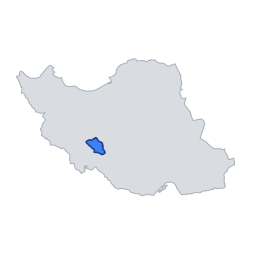 Chahar Mahall and Bakhtiari highlighted on a map of Iran, rotated 345°
{"feature_id": "IRN-3218", "entity_name": "Chahar Mahall and Bakhtiari", "entity_type": "Province", "adm_level": 1, "iso_a3": "IRN", "parent_name": "Iran", "parent_adm1": "", "projection": "orthographic", "projection_center": [50.632, 31.874], "detail": "fine", "context": "in_parent", "style": "filled", "palette": "blue", "viewbox_px": 256, "rotation_deg": 345, "n_neighbors": 0, "source": "natural_earth", "source_scale": "10m", "svg_char_len": 4406}
<svg xmlns="http://www.w3.org/2000/svg" viewBox="0 0 256 256"><g transform="rotate(345 128 128)"><path d="M122.9,74.2L125.5,74.3L130.1,72.5L130.5,72.1L131.8,68.9L133.3,67.4L136.0,65.6L137.8,64.9L144.1,64.8L144.5,63.5L145.5,62.8L152.3,62.8L153.5,63.7L154.0,65.5L159.8,66.8L161.0,67.2L162.5,68.5L163.7,68.8L165.1,68.0L166.1,68.4L167.5,67.9L172.1,69.6L172.9,71.5L173.8,72.4L174.9,73.2L178.6,74.5L179.7,75.3L182.6,78.8L189.7,78.1L190.3,78.8L190.4,80.4L191.3,84.2L190.9,85.7L191.9,86.9L192.1,89.3L192.6,90.9L192.0,93.3L191.3,93.9L191.9,95.9L191.4,97.9L191.6,98.7L190.6,100.5L190.6,101.1L188.6,102.9L190.4,105.0L188.1,105.4L186.9,108.0L187.5,110.9L187.3,112.4L187.6,113.2L188.3,113.7L191.5,114.0L191.6,114.4L188.6,119.0L188.9,120.6L192.2,129.0L192.2,133.3L192.9,137.7L201.2,138.2L202.2,139.2L203.1,141.6L203.2,143.4L203.0,144.4L194.9,156.6L200.1,161.7L200.4,162.9L203.7,168.1L206.6,170.7L211.4,171.7L213.7,173.5L215.7,173.2L215.7,176.0L217.0,181.7L216.7,184.4L218.4,184.8L220.9,184.1L221.8,184.5L222.4,185.4L221.9,186.0L222.2,188.3L221.6,188.9L221.5,191.1L217.7,191.6L214.3,192.9L213.1,193.9L212.5,195.5L211.3,195.5L211.0,196.1L208.6,197.4L208.1,201.9L207.2,203.1L207.0,209.4L206.4,209.6L205.2,210.8L197.4,209.4L196.4,208.0L195.6,207.8L194.6,209.4L190.7,208.9L189.4,209.2L188.5,208.9L186.4,209.0L184.7,208.2L180.5,209.3L177.8,207.9L175.0,207.7L171.6,208.0L168.8,207.0L167.4,207.6L166.7,206.8L162.5,206.3L161.0,203.5L160.9,202.1L159.8,199.7L159.3,196.2L158.2,193.6L156.4,191.6L151.6,190.6L149.2,191.4L147.4,192.7L144.5,193.5L142.2,196.0L140.9,195.9L135.5,199.4L134.3,199.4L130.1,197.4L128.3,197.0L124.5,197.2L122.4,195.8L121.9,194.7L116.9,192.6L113.9,190.5L113.0,188.6L111.6,187.2L108.7,186.1L107.0,184.8L102.5,184.4L99.3,181.4L99.3,180.4L97.4,177.0L97.1,174.5L96.6,173.8L95.1,172.8L94.8,172.2L95.2,170.6L93.1,169.6L92.8,168.9L92.9,166.5L88.0,160.6L87.1,157.4L86.2,157.3L81.9,159.4L80.6,158.2L76.9,156.1L76.4,155.3L77.3,154.9L78.3,155.3L78.8,154.9L78.6,154.2L77.7,153.7L76.4,153.7L76.7,154.4L75.5,155.0L75.3,155.8L75.5,158.2L75.0,158.9L73.0,159.2L71.7,160.0L70.6,159.1L70.3,157.3L69.6,156.2L68.6,155.7L67.8,154.6L66.5,154.0L66.6,148.0L63.3,147.7L63.5,143.1L65.1,138.6L62.1,134.4L60.8,131.2L60.0,130.5L58.3,130.6L53.1,126.1L51.3,125.0L48.7,124.5L48.5,123.0L49.2,121.4L48.1,119.2L47.7,118.5L46.7,118.2L46.8,116.9L45.5,116.9L43.1,113.0L42.4,112.5L43.9,109.7L43.0,107.4L43.7,105.5L45.0,105.6L45.6,103.0L48.0,100.5L50.1,99.4L50.3,98.6L50.0,97.2L48.7,95.3L49.0,93.8L49.4,93.1L51.6,92.3L51.7,92.0L50.7,91.4L47.1,91.2L45.2,89.4L43.3,88.8L42.4,84.8L42.1,84.3L41.2,84.2L40.7,83.4L40.6,80.8L39.4,79.5L38.5,75.6L38.5,74.7L38.9,73.8L37.0,72.1L36.9,69.5L37.3,68.9L35.2,66.9L34.1,66.7L34.0,66.4L35.9,62.5L36.5,61.6L35.2,61.0L35.3,59.0L35.1,57.3L35.3,55.8L34.5,54.6L34.3,53.9L34.7,52.2L33.9,51.3L33.6,49.4L36.9,49.1L37.6,46.3L38.9,45.2L40.8,46.7L43.4,51.4L45.1,52.8L46.3,54.4L52.4,56.3L53.8,55.8L55.9,56.0L58.7,53.3L59.9,53.0L63.2,50.3L67.2,47.8L69.2,47.4L72.0,50.8L70.3,51.7L70.0,52.5L70.2,53.3L71.5,54.2L71.6,55.1L71.1,55.6L69.4,56.0L68.9,57.0L70.7,58.5L71.6,59.8L72.6,60.1L74.2,62.2L76.7,61.9L77.1,66.8L78.4,70.8L81.1,72.6L88.1,73.9L88.8,74.7L90.0,76.9L91.8,78.5L97.2,81.6L103.2,83.0L107.2,82.9L121.7,79.0L123.1,79.0L120.9,79.9L121.8,80.3L123.7,80.3L124.1,79.9L124.1,79.3L122.9,74.2ZM150.0,193.9L149.1,195.3L147.7,196.6L146.6,196.3L142.3,198.2L141.2,198.1L141.0,197.6L145.7,195.4L145.9,194.9L145.6,193.8L147.2,194.2L148.8,193.3L150.3,193.0L151.0,193.5L150.0,193.9Z" fill="#d9dde1" stroke="#a8b0b8" stroke-width="1"/><path d="M94.5,129.0L94.8,129.3L94.9,129.8L95.0,130.1L95.3,130.2L95.4,130.3L95.5,130.7L95.7,131.0L95.7,131.8L95.8,132.7L97.0,133.7L97.6,134.2L98.7,135.1L99.2,136.0L99.4,137.2L99.1,137.8L98.7,138.1L98.7,138.5L98.9,138.8L99.2,139.2L99.2,139.6L98.8,139.7L98.4,140.0L98.4,140.6L98.6,141.9L99.5,144.9L99.5,145.8L99.4,146.2L99.1,146.2L98.4,146.3L97.9,146.8L97.4,147.0L96.3,146.9L95.9,146.9L92.2,143.6L91.9,143.6L91.4,143.6L89.7,142.9L89.0,142.5L89.3,141.8L89.9,141.1L89.9,140.6L89.6,139.9L88.8,139.0L88.6,138.7L88.1,138.3L87.8,137.8L87.5,137.1L87.2,136.1L87.1,135.8L87.0,135.6L86.5,135.5L86.3,135.3L86.1,135.1L85.9,134.8L85.6,134.0L84.1,131.7L84.0,131.0L83.9,130.6L85.9,129.6L86.5,129.7L86.9,129.6L87.2,129.5L87.6,129.4L88.2,129.7L88.8,130.2L89.4,130.3L89.9,130.2L90.2,130.3L90.7,130.2L91.8,129.5L92.1,129.4L93.4,129.4L93.8,129.3L94.0,129.0L94.5,129.0Z" fill="#3b82f6" stroke="#1e3a8a" stroke-width="1.5"/></g></svg>